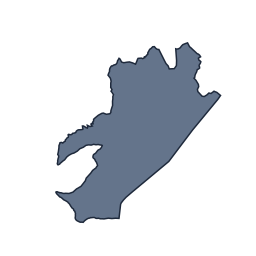 Imeko Afon, Ogun, Nigeria, rotated 222°
{"feature_id": "59680162B69679397491551", "entity_name": "Imeko Afon", "entity_type": "district", "adm_level": 2, "iso_a3": "NGA", "parent_name": "Nigeria", "parent_adm1": "Ogun", "projection": "orthographic", "projection_center": [2.936, 7.607], "detail": "fine", "context": "isolated", "style": "filled", "palette": "slate", "viewbox_px": 256, "rotation_deg": 222, "n_neighbors": 0, "source": "geoboundaries", "source_scale": "gbopen_adm2", "svg_char_len": 3910}
<svg xmlns="http://www.w3.org/2000/svg" viewBox="0 0 256 256"><g transform="rotate(222 128 128)"><path d="M74.2,54.8L82.4,66.3L82.9,67.7L83.2,71.4L83.1,75.4L82.0,83.8L75.3,130.4L78.7,169.9L80.4,209.5L81.0,214.1L85.9,213.9L87.6,213.2L88.7,212.9L89.4,209.2L91.3,208.1L91.5,205.4L92.4,202.4L94.2,201.2L100.5,201.8L102.3,203.2L103.1,206.0L104.9,207.5L109.4,208.9L112.3,209.2L112.3,210.4L113.3,211.7L114.1,213.7L114.4,215.2L114.9,216.3L115.6,217.8L115.2,218.7L115.0,219.3L114.9,220.5L115.9,221.4L116.6,221.6L117.2,222.4L117.6,224.7L118.2,226.0L119.4,226.1L120.6,225.9L122.0,226.6L122.4,227.1L121.7,229.5L123.5,230.0L125.1,230.0L126.4,229.5L130.4,229.6L132.5,229.6L134.5,229.7L136.7,229.6L140.7,231.1L141.7,229.4L143.0,226.7L143.1,224.9L142.9,222.5L143.5,220.6L144.6,219.2L145.5,218.8L137.1,210.7L133.8,206.8L133.3,203.1L136.9,199.5L139.7,201.0L142.9,201.3L146.1,202.5L157.6,207.0L158.5,206.3L159.2,206.0L160.6,205.8L161.8,206.0L162.9,206.1L164.0,204.9L164.1,202.4L164.5,201.1L164.3,200.0L163.8,198.3L163.8,197.6L163.4,196.9L162.7,196.2L162.8,194.9L162.8,194.0L162.7,193.1L162.7,192.8L162.9,192.6L163.0,192.3L163.3,192.0L163.1,191.9L162.7,191.4L163.0,191.0L163.2,190.5L163.2,190.0L163.5,189.4L164.8,188.9L167.1,186.5L166.9,185.4L166.3,184.0L165.1,180.5L168.0,179.5L171.1,178.1L172.9,176.1L174.8,173.7L176.9,172.7L180.0,173.9L181.3,173.8L181.1,172.9L181.0,172.6L180.7,170.8L180.1,169.9L179.6,168.6L179.6,167.0L180.8,165.1L180.9,164.6L181.1,163.7L181.7,163.2L181.8,162.4L181.4,160.3L180.8,159.1L179.5,157.5L179.0,155.8L178.6,154.8L178.2,153.9L174.7,153.3L173.6,152.7L171.8,151.4L170.9,149.9L169.1,147.9L168.0,146.6L166.5,146.1L165.7,145.9L165.2,144.0L163.3,143.7L162.3,143.3L162.2,143.3L161.1,143.1L160.3,141.2L158.9,139.7L157.4,137.5L155.9,135.9L154.5,134.4L153.4,131.8L152.2,129.3L151.2,128.1L151.0,126.5L153.3,123.7L156.3,122.6L157.3,121.3L158.6,117.6L159.2,113.6L159.4,111.5L158.2,110.1L158.2,108.9L157.9,108.5L157.2,108.2L156.8,107.7L157.3,107.3L157.9,107.1L157.7,106.6L158.1,106.1L157.2,105.6L155.9,105.5L156.5,104.5L157.1,103.8L157.8,103.4L160.1,102.8L159.6,102.3L158.7,101.9L158.1,100.8L159.5,100.1L161.0,100.1L162.6,99.6L163.2,99.0L162.2,98.1L161.2,97.5L160.7,96.7L161.7,95.4L163.7,93.4L164.1,92.4L164.3,91.0L163.8,89.6L164.7,88.0L165.6,87.0L165.5,85.6L166.0,84.7L167.9,83.5L167.9,82.7L167.1,82.5L166.2,81.2L166.7,79.6L166.5,78.6L166.5,77.0L165.8,76.1L166.4,74.3L166.4,73.2L167.1,73.0L167.9,72.7L168.7,71.6L168.3,70.8L167.5,68.7L166.2,67.2L163.7,63.5L162.5,61.3L160.9,60.9L160.0,59.8L159.6,58.7L158.3,56.5L157.6,55.9L157.3,55.3L156.9,54.6L156.7,54.2L156.1,53.9L155.7,53.7L155.3,53.9L155.3,54.0L155.0,54.6L154.8,55.1L154.6,55.5L154.7,56.0L154.8,56.6L154.6,57.2L154.3,59.8L153.8,62.0L154.1,65.5L153.7,68.1L152.6,71.3L151.4,73.2L150.2,76.9L149.9,80.4L148.3,83.8L147.6,87.0L146.0,89.1L143.9,90.7L142.6,92.9L140.6,94.1L139.1,95.8L137.3,96.8L136.5,97.4L135.5,97.8L135.0,96.7L134.7,95.3L134.6,93.9L135.5,91.3L135.2,87.7L135.8,85.3L135.6,84.5L135.1,83.6L134.6,82.9L133.9,82.5L133.1,82.5L131.8,82.5L130.3,81.8L128.5,81.4L126.2,80.2L125.4,79.6L125.4,78.0L125.1,76.9L125.4,75.5L125.9,72.8L125.5,69.6L125.5,66.1L125.5,62.8L124.4,60.2L123.9,53.2L125.5,48.2L126.0,43.5L128.0,39.9L130.6,37.8L131.7,36.6L132.6,35.9L133.8,35.4L134.7,34.9L135.4,34.1L136.3,34.0L136.9,33.5L137.9,33.3L138.5,32.7L138.7,32.2L138.3,31.8L136.9,31.4L134.9,31.3L132.6,31.1L131.2,31.6L129.5,31.7L127.9,31.6L125.8,32.2L124.6,32.4L123.1,32.7L122.4,32.4L121.3,32.5L120.1,32.2L118.5,31.7L116.1,31.1L114.4,31.3L113.0,30.5L111.7,30.5L110.9,29.9L109.9,29.4L109.0,28.2L108.2,27.5L107.4,26.2L106.4,25.3L104.8,24.9L103.8,25.0L102.0,25.5L100.5,26.0L99.7,26.8L99.0,27.4L98.2,27.9L98.2,29.6L98.1,30.6L97.8,32.1L97.3,33.8L96.7,34.9L96.2,35.4L95.8,36.2L95.7,36.6L95.0,37.0L94.5,37.7L93.9,38.3L93.1,39.0L91.3,39.5L90.5,40.1L89.7,41.1L87.7,42.1L86.4,43.3L85.0,44.4L82.2,47.9L79.4,49.9L76.9,52.6L74.2,54.8Z" fill="#64748b" stroke="#1e293b" stroke-width="1.5"/></g></svg>